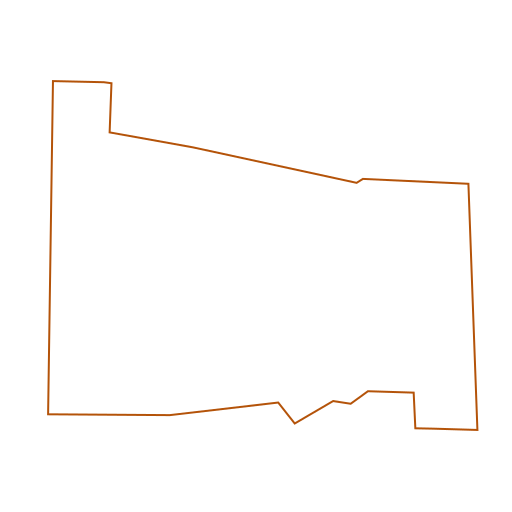 outline of Madison, Ohio, United States of America, rotated 87°
{"feature_id": "52423323B7238246753004", "entity_name": "Madison", "entity_type": "district", "adm_level": 2, "iso_a3": "USA", "parent_name": "United States of America", "parent_adm1": "Ohio", "projection": "natural_earth1", "projection_center": [-83.395, 39.903], "detail": "fine", "context": "isolated", "style": "outline", "palette": "amber", "viewbox_px": 512, "rotation_deg": 87, "n_neighbors": 0, "source": "geoboundaries", "source_scale": "gbopen_adm2", "svg_char_len": 398}
<svg xmlns="http://www.w3.org/2000/svg" viewBox="0 0 512 512"><g transform="rotate(87 256 256)"><path d="M70.7,449.6L403.2,471.9L410.4,350.4L403.5,241.5L425.3,226.1L404.9,186.6L408.5,169.2L396.9,151.3L400.7,105.7L436.4,105.9L437.7,88.0L441.3,44.0L195.0,40.1L184.6,145.2L188.2,151.7L144.2,313.3L124.9,395.7L75.9,391.3L74.5,398.8L70.7,449.6Z" fill="none" stroke="#b45309" stroke-width="2"/></g></svg>